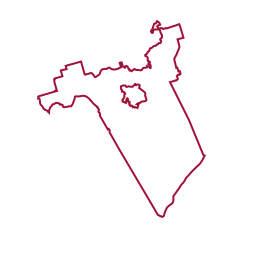 Muaro Jambi, Jambi, Indonesia, rotated 74°
{"feature_id": "22746128B29274337249674", "entity_name": "Muaro Jambi", "entity_type": "district", "adm_level": 2, "iso_a3": "IDN", "parent_name": "Indonesia", "parent_adm1": "Jambi", "projection": "mercator", "projection_center": [103.518, -1.705], "detail": "fine", "context": "isolated", "style": "outline", "palette": "rose", "viewbox_px": 256, "rotation_deg": 74, "n_neighbors": 0, "source": "geoboundaries", "source_scale": "gbopen_adm2", "svg_char_len": 5481}
<svg xmlns="http://www.w3.org/2000/svg" viewBox="0 0 256 256"><g transform="rotate(74 128 128)"><path d="M222.5,117.8L220.4,116.6L218.3,115.1L216.4,113.5L214.9,112.0L213.9,109.7L213.1,107.5L212.5,106.0L211.4,105.0L210.3,104.4L206.4,103.3L205.4,102.4L204.4,101.0L198.5,93.7L197.5,92.7L196.7,91.6L196.0,90.2L195.4,89.5L194.4,88.2L193.0,86.9L191.7,85.5L190.7,83.8L190.3,82.9L187.8,79.2L183.8,71.9L183.0,70.1L181.9,68.3L179.3,65.3L175.6,61.9L174.9,62.9L173.0,63.2L137.1,67.2L95.5,75.0L95.5,68.8L95.3,68.8L95.3,67.6L94.6,66.6L91.4,66.6L91.1,65.9L90.8,65.6L90.9,63.5L90.2,63.5L90.2,62.6L87.5,62.6L87.5,63.9L83.5,64.0L83.5,65.0L74.5,64.6L72.0,62.4L70.8,61.1L68.6,59.5L65.7,57.1L64.8,56.6L64.0,56.1L56.4,55.9L56.5,49.8L44.3,49.9L42.3,50.2L42.6,54.4L42.9,63.3L42.7,64.1L42.3,64.5L42.6,66.8L41.6,67.5L41.5,68.0L41.0,68.6L41.1,70.4L40.0,71.5L38.3,72.0L37.7,71.0L37.6,68.6L35.5,68.9L35.1,69.2L33.2,70.6L33.3,70.8L35.0,72.2L35.1,73.1L34.9,73.6L35.0,73.9L35.2,74.3L36.5,75.1L37.8,76.1L39.6,77.2L40.6,78.7L41.2,79.3L41.9,79.3L43.2,78.8L43.3,78.6L43.3,78.2L43.1,77.7L42.2,77.5L41.4,76.8L40.8,76.0L40.6,75.5L40.6,75.0L41.2,73.6L41.9,70.7L42.3,70.4L44.9,70.4L46.7,70.1L47.6,70.1L48.0,69.7L48.9,70.0L49.5,70.0L49.9,70.3L50.4,70.5L50.8,71.1L51.1,72.2L51.9,72.7L52.2,72.7L52.7,72.4L53.6,72.2L54.0,72.2L54.4,72.5L55.2,73.3L55.3,73.6L55.3,74.1L54.8,74.9L55.7,76.0L55.8,76.9L55.7,77.2L55.8,77.6L56.6,78.4L56.3,80.2L56.9,81.9L57.2,82.2L57.3,82.8L57.5,83.2L57.7,83.6L57.7,83.8L57.5,84.3L57.5,84.8L57.6,85.0L58.7,85.8L59.7,86.3L59.8,86.8L60.4,87.7L60.5,88.2L60.6,88.4L61.2,88.6L62.1,90.0L62.5,91.3L63.2,91.5L63.7,91.4L64.1,90.6L64.5,90.2L65.4,89.8L66.4,89.8L66.9,89.9L67.5,90.3L67.8,90.4L68.6,90.4L68.6,90.2L69.2,90.2L69.9,89.6L70.1,89.3L70.1,89.0L70.5,88.8L70.7,89.1L70.8,89.3L70.9,89.0L71.1,89.1L71.2,89.4L71.4,89.7L71.6,90.0L71.8,89.8L72.3,89.7L72.3,90.0L72.5,90.4L72.7,90.1L72.8,89.8L72.7,89.3L73.6,89.0L73.9,89.0L74.5,89.4L74.9,89.3L75.0,89.7L75.4,89.6L75.8,89.7L76.4,89.6L76.5,90.2L75.5,90.5L74.8,91.0L73.7,92.6L74.6,92.7L74.9,93.0L75.0,94.3L74.6,95.4L74.5,96.9L75.1,97.7L75.8,98.3L76.1,99.2L76.0,100.1L75.1,102.1L74.5,104.0L74.1,104.6L73.9,105.0L73.3,105.2L73.0,105.6L73.3,105.9L73.3,106.3L73.7,107.1L73.7,107.9L74.3,108.5L74.4,108.8L74.0,109.0L73.7,109.5L73.2,109.8L73.3,110.2L73.3,110.6L72.4,110.9L71.6,110.6L71.0,111.2L69.9,111.3L68.7,111.6L68.1,112.2L68.0,112.4L68.3,112.8L68.0,113.4L68.4,113.5L69.2,114.3L67.6,116.0L63.2,116.0L62.9,117.5L63.0,118.0L67.6,118.0L67.9,118.9L67.9,120.4L68.3,120.8L68.3,121.3L68.3,121.8L68.1,123.0L68.3,123.8L68.2,124.8L67.8,125.3L67.6,125.8L67.4,126.4L67.5,126.6L67.1,127.3L64.8,129.3L64.7,130.5L65.2,131.6L65.3,132.5L65.1,132.7L64.9,133.5L64.5,136.6L65.4,138.2L66.0,138.7L68.0,140.1L68.9,141.3L70.1,145.3L70.0,145.7L69.7,145.9L67.7,146.5L65.9,147.3L65.2,147.9L65.0,148.4L64.9,149.2L65.0,151.7L64.8,152.7L65.0,154.0L64.8,154.5L64.5,154.9L51.2,154.8L51.1,170.8L54.5,170.8L54.2,175.1L54.2,176.7L60.2,176.8L60.2,184.8L61.0,185.0L61.1,185.6L62.0,185.6L62.7,185.9L63.8,186.1L72.0,186.1L72.1,187.3L72.8,186.7L72.9,205.0L73.1,205.7L74.1,205.9L74.8,206.2L74.8,205.7L74.9,205.4L75.2,205.2L75.9,205.1L77.2,205.1L79.5,205.6L81.4,205.6L82.3,205.1L82.9,204.7L84.3,204.2L86.1,203.9L87.2,202.9L87.9,202.6L88.8,201.2L89.3,200.7L90.5,200.4L91.0,199.9L91.4,199.7L89.6,199.1L88.3,198.3L87.5,197.3L86.7,197.1L86.1,195.9L85.0,194.6L84.4,193.5L84.7,192.7L84.5,192.0L84.2,191.3L83.9,190.2L84.7,188.8L85.0,187.8L85.7,187.3L86.4,187.2L86.9,186.9L87.1,185.7L87.3,185.6L87.1,185.6L87.9,184.5L89.2,184.6L90.1,184.4L90.5,183.3L91.0,178.3L91.5,176.5L90.6,175.7L89.4,174.3L84.6,170.9L83.7,170.6L83.2,170.3L83.2,169.2L83.9,167.5L84.2,165.9L84.5,163.0L84.8,161.5L85.3,161.1L85.6,160.2L86.2,159.5L87.6,158.3L89.5,157.1L91.0,156.5L92.0,155.8L94.7,154.7L98.0,152.6L99.2,151.6L99.5,151.9L99.9,151.6L100.3,151.7L102.2,150.8L104.2,152.0L104.8,151.8L105.4,151.1L107.4,151.1L108.0,151.6L108.6,151.6L123.8,147.8L123.5,146.8L125.3,146.2L126.3,146.7L127.1,146.9L145.8,142.4L188.9,131.2L199.6,128.4L219.9,123.2L220.2,122.8L220.6,122.0L221.3,121.7L221.6,121.2L221.9,121.0L221.9,120.5L222.8,119.9L222.8,119.0L222.5,117.8ZM99.0,101.9L100.7,102.1L101.7,102.7L102.4,102.5L106.0,102.5L106.7,102.9L107.0,104.4L106.7,105.5L106.4,108.1L107.1,109.2L107.4,110.2L107.2,110.7L107.0,111.0L107.1,112.1L107.4,112.6L107.5,112.2L107.8,112.3L107.9,112.1L108.6,111.7L109.0,112.2L109.5,112.2L110.7,112.9L111.1,113.4L111.3,113.5L110.6,114.3L110.3,115.0L110.3,115.5L110.0,115.5L109.9,115.7L109.6,115.8L109.5,116.1L109.4,116.1L109.5,117.4L109.1,117.4L108.8,117.3L108.5,117.8L107.7,118.0L107.6,118.4L107.9,118.9L107.5,119.3L107.0,119.3L106.9,119.9L106.6,120.1L105.8,120.1L105.2,119.8L105.1,120.0L105.0,119.9L104.7,120.0L104.6,119.8L103.3,120.0L103.2,119.5L102.6,120.0L102.6,120.8L102.4,121.3L100.3,120.0L99.9,120.1L99.3,120.5L99.7,121.0L100.1,121.6L100.8,121.5L101.1,121.6L101.0,122.0L101.6,122.4L102.3,122.6L102.5,123.1L102.4,123.1L102.5,123.3L103.1,123.3L101.4,125.7L101.5,126.4L100.8,125.4L100.4,125.8L99.5,125.7L97.7,123.3L97.1,122.9L96.5,122.8L94.2,122.0L94.3,121.3L94.1,121.2L93.5,121.6L92.8,121.5L92.1,122.3L91.3,123.8L90.0,123.2L88.6,124.0L86.0,123.3L85.8,121.0L86.3,119.0L88.1,118.2L88.0,117.6L88.2,117.1L88.1,115.9L88.6,114.9L88.9,114.5L88.9,114.1L89.0,113.8L89.3,113.5L89.6,112.3L87.7,109.0L87.9,108.9L88.4,109.1L88.7,109.1L89.1,108.7L88.9,107.8L88.8,107.0L88.9,106.5L89.2,105.7L89.8,105.1L90.6,105.1L91.6,105.6L92.5,106.4L96.9,103.0L97.4,102.8L98.2,102.1L99.0,101.9Z" fill="none" stroke="#9f1239" stroke-width="2"/></g></svg>